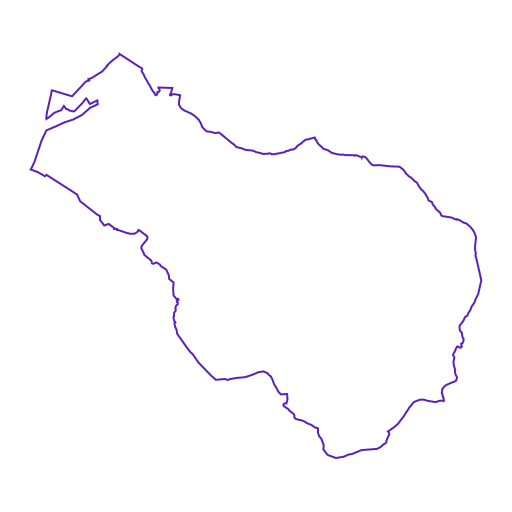 Budila, Brasov, Romania
{"feature_id": "2599482B80060958139020", "entity_name": "Budila", "entity_type": "district", "adm_level": 2, "iso_a3": "ROU", "parent_name": "Romania", "parent_adm1": "Brasov", "projection": "mercator", "projection_center": [25.874, 45.646], "detail": "fine", "context": "isolated", "style": "outline", "palette": "violet", "viewbox_px": 512, "rotation_deg": 0, "n_neighbors": 0, "source": "geoboundaries", "source_scale": "gbopen_adm2", "svg_char_len": 6001}
<svg xmlns="http://www.w3.org/2000/svg" viewBox="0 0 512 512"><path d="M474.3,232.3L472.5,229.5L470.8,227.4L468.7,225.4L466.1,223.3L463.6,222.7L460.2,220.5L457.0,219.2L456.7,219.2L456.5,219.6L455.8,219.4L454.1,218.8L451.9,217.6L443.5,216.3L442.0,215.9L441.4,215.6L440.9,214.1L439.6,212.1L436.5,209.6L435.7,208.7L435.3,207.7L434.6,206.5L433.5,205.4L432.7,204.3L431.9,202.0L429.0,200.7L428.4,200.2L428.1,198.9L427.8,198.1L425.2,193.7L422.9,190.8L420.9,189.0L420.4,188.4L418.4,185.5L417.4,183.3L417.0,182.7L414.8,181.3L411.2,177.7L408.8,176.3L407.0,174.4L405.9,173.6L405.3,172.2L402.9,169.2L401.8,168.6L400.7,167.5L399.4,166.8L398.0,166.6L391.2,166.4L379.2,165.1L373.6,165.4L371.6,164.5L369.6,162.3L366.2,157.8L365.8,157.6L364.1,156.6L362.8,156.4L362.1,156.8L361.9,157.4L361.8,157.1L360.0,156.7L356.6,155.3L355.5,155.2L355.5,155.4L355.3,155.5L354.6,155.7L352.8,155.2L345.2,155.1L343.5,154.6L340.5,154.7L337.5,154.3L332.7,153.1L331.9,153.0L331.2,152.4L327.8,150.2L325.2,149.3L323.6,149.0L322.7,148.1L321.7,146.8L321.2,146.6L318.7,144.3L317.5,142.9L316.7,141.3L316.5,140.3L315.8,140.0L315.3,139.4L315.1,138.0L314.8,137.5L307.8,139.4L305.6,139.7L302.7,142.0L301.2,143.4L298.1,145.4L296.8,146.5L295.9,147.9L293.9,149.2L292.0,149.7L290.2,149.7L289.1,150.5L288.4,150.8L286.1,151.0L285.7,151.2L285.1,152.0L283.4,152.5L281.7,152.7L280.4,152.9L279.7,153.3L276.7,153.6L275.6,154.2L274.2,154.1L271.9,154.3L271.7,154.3L271.3,153.8L270.8,153.6L269.0,153.3L268.3,153.7L263.5,153.9L262.4,153.8L260.4,153.0L256.4,152.2L253.2,150.8L251.8,150.5L247.4,150.1L244.8,149.7L242.4,148.5L236.4,147.1L235.6,146.0L233.5,144.2L230.7,142.1L219.7,133.0L218.9,132.5L215.3,133.1L211.0,131.9L206.7,131.4L205.3,130.2L202.2,127.0L201.8,126.2L201.5,124.9L200.9,123.5L200.1,121.9L199.5,121.2L199.0,120.1L197.5,118.4L196.4,117.6L195.7,116.8L193.8,115.3L191.1,113.5L184.3,110.5L181.3,108.4L180.5,107.3L179.0,104.7L178.9,103.8L179.2,100.7L180.1,95.2L175.5,94.3L172.6,94.2L171.1,95.3L170.7,95.4L170.0,95.2L169.9,94.8L170.4,94.1L171.1,92.5L172.3,88.0L158.5,87.5L158.7,88.2L159.4,89.3L159.6,89.9L159.7,90.5L159.5,91.1L159.2,91.6L158.7,91.8L157.5,92.0L157.3,93.0L157.4,94.0L157.0,94.5L156.1,95.1L155.5,95.2L154.6,93.2L152.8,91.1L151.1,88.3L149.9,85.8L148.4,83.5L146.1,79.3L144.7,77.1L143.7,74.5L143.2,73.7L141.7,71.4L141.6,70.8L142.3,69.3L142.2,68.7L141.3,67.8L140.0,67.3L119.6,54.0L119.6,54.3L118.0,56.3L112.8,60.2L108.6,63.9L107.0,65.6L107.3,65.8L106.4,66.9L101.8,71.8L98.6,73.6L91.8,78.0L88.4,79.1L89.2,80.5L87.1,81.1L86.0,81.5L85.5,81.9L72.1,96.3L52.4,90.4L51.8,90.4L50.8,95.7L47.0,112.1L46.4,116.3L46.3,117.8L46.5,119.0L50.5,116.1L54.2,112.9L56.9,111.7L61.2,110.2L63.9,106.0L66.4,109.2L67.4,109.2L69.4,110.5L70.3,110.7L73.3,111.4L74.3,111.3L81.9,103.6L85.2,99.4L85.9,98.6L86.3,98.4L88.2,101.2L89.0,102.8L89.9,104.0L97.3,100.4L97.7,104.3L90.1,107.8L82.1,114.9L73.3,119.5L64.4,122.4L56.9,125.9L46.4,130.4L41.5,140.8L34.6,161.5L31.2,168.8L30.7,169.5L37.6,172.0L45.0,176.3L46.4,174.8L72.9,191.8L77.2,194.7L80.1,201.2L97.3,214.7L100.0,216.1L100.0,219.9L102.2,222.9L104.3,225.5L108.7,223.9L114.6,228.4L114.3,229.0L116.8,228.9L117.1,229.0L117.1,230.0L119.2,230.3L126.8,233.0L130.7,233.8L134.4,233.7L136.5,232.5L137.8,231.5L138.3,230.1L138.8,229.9L145.8,235.2L145.9,235.4L146.4,235.5L147.6,237.2L146.9,239.6L143.9,243.2L141.5,246.4L141.3,248.2L144.2,254.1L144.2,254.8L151.3,260.6L152.0,263.3L153.2,263.8L156.3,262.4L159.9,264.5L160.6,265.9L166.3,269.7L168.8,275.2L169.2,279.0L173.6,282.5L173.1,288.8L173.6,295.6L176.8,299.3L177.6,298.9L178.3,299.0L178.5,299.8L176.7,301.3L176.8,301.9L177.8,302.7L177.7,304.3L177.5,304.7L177.0,304.7L176.0,305.8L175.4,307.8L175.8,309.5L175.4,311.3L174.2,312.5L174.0,313.8L174.0,316.4L173.4,317.5L174.1,320.5L175.4,322.3L174.4,323.1L175.1,326.7L176.4,329.3L177.2,333.8L187.0,347.7L190.8,352.6L192.6,354.0L198.4,362.5L211.1,375.6L215.9,379.8L225.1,379.0L227.5,380.0L230.4,379.0L237.8,377.8L245.0,377.2L252.3,374.8L258.1,372.3L263.5,371.4L267.8,373.4L268.9,375.0L270.9,376.5L272.3,379.2L274.0,384.0L275.9,387.0L278.4,391.8L280.9,394.4L287.1,394.0L287.5,399.5L286.4,403.5L284.6,403.4L283.6,404.2L283.4,405.5L284.6,406.7L288.3,409.1L289.2,410.4L294.2,414.5L294.4,415.7L294.3,417.4L295.8,419.0L302.0,420.5L304.7,421.6L306.7,423.0L309.9,424.4L311.1,424.7L314.0,426.8L315.6,427.7L317.7,428.1L318.0,428.5L318.0,432.7L319.0,436.0L321.3,438.7L323.7,445.1L323.4,449.5L327.6,454.9L335.9,458.0L343.8,456.7L348.6,454.5L352.1,454.0L361.5,450.1L377.0,448.9L380.7,447.0L383.5,444.4L385.8,443.1L386.1,442.7L386.5,440.7L387.1,439.0L389.4,434.0L389.3,433.6L389.1,433.1L387.9,431.4L388.9,430.9L394.3,427.0L397.9,423.9L403.8,416.2L405.7,413.1L407.9,409.9L409.6,407.0L411.3,405.4L411.9,404.4L413.2,402.8L414.6,401.7L419.6,399.8L421.4,399.6L424.0,399.7L427.5,400.8L434.7,402.0L436.4,401.9L437.9,401.3L439.4,400.8L442.9,400.6L443.5,401.2L443.9,400.9L443.7,399.6L443.7,398.8L443.4,397.8L443.0,397.2L443.0,396.6L442.9,396.3L442.4,395.4L442.6,394.6L442.0,393.0L441.8,392.9L442.1,390.2L442.3,389.5L442.7,388.6L444.5,386.4L445.5,385.6L446.9,384.7L451.2,382.8L454.8,381.5L456.2,380.5L456.5,379.2L456.9,378.2L457.0,377.3L456.5,376.1L455.8,375.2L455.0,372.2L455.1,370.5L455.0,369.1L454.5,367.7L453.9,365.5L453.7,363.8L453.5,363.2L453.4,362.5L453.9,359.5L454.4,357.8L454.4,357.4L454.1,356.8L453.3,355.7L453.0,355.0L453.2,354.3L453.6,353.4L454.6,351.9L455.5,349.9L455.9,348.4L456.7,347.6L456.9,346.8L457.2,346.6L457.7,346.5L458.6,346.7L459.1,347.3L460.3,347.7L460.9,347.7L461.1,347.5L461.5,346.8L461.8,346.5L461.4,345.8L461.4,344.6L461.2,343.7L462.5,343.1L463.4,341.3L463.5,340.5L463.5,338.4L462.8,337.8L462.6,337.4L462.0,334.4L462.1,333.3L460.3,330.9L459.9,330.5L459.6,328.5L459.5,326.1L459.9,325.3L462.5,322.0L463.5,320.5L464.3,318.8L464.8,317.4L465.3,316.9L467.3,315.7L468.5,312.7L470.2,310.4L471.5,306.8L473.8,303.5L474.6,302.0L475.5,299.3L478.2,294.1L481.3,280.3L476.4,258.7L475.5,255.9L475.5,255.3L475.9,253.7L475.2,250.6L475.0,247.9L475.4,242.6L475.8,239.9L476.0,237.0L475.0,234.4L474.3,232.3Z" fill="none" stroke="#5b21b6" stroke-width="2"/></svg>